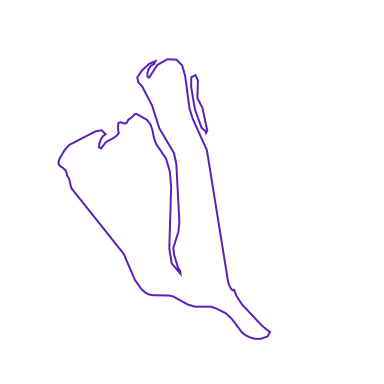 SVG path tracing the border of Bến Tre, rotated 207°
{"feature_id": "VNM-504", "entity_name": "Bến Tre", "entity_type": "Province", "adm_level": 1, "iso_a3": "VNM", "parent_name": "Vietnam", "parent_adm1": "", "projection": "equal_earth", "projection_center": [106.493, 10.078], "detail": "fine", "context": "isolated", "style": "outline", "palette": "violet", "viewbox_px": 384, "rotation_deg": 207, "n_neighbors": 0, "source": "natural_earth", "source_scale": "10m", "svg_char_len": 1624}
<svg xmlns="http://www.w3.org/2000/svg" viewBox="0 0 384 384"><g transform="rotate(207 192 192)"><path d="M206.3,90.5L224.6,105.8L300.5,140.3L302.2,141.7L307.2,147.7L309.1,149.0L310.8,149.9L312.3,151.9L314.4,153.9L317.7,154.8L320.9,155.1L323.3,156.1L324.7,158.3L325.1,162.2L324.5,171.8L322.7,178.3L305.6,202.1L300.5,206.0L295.2,204.3L296.8,201.1L297.1,197.1L296.5,193.1L295.2,189.6L292.8,189.6L291.4,196.8L290.7,198.5L286.6,204.2L284.8,207.7L284.0,211.3L285.2,212.6L287.4,216.2L288.9,220.0L287.4,221.7L282.6,222.5L281.5,224.5L281.6,227.3L279.4,231.5L278.6,234.7L277.8,236.0L276.5,236.4L264.7,235.8L259.5,233.3L255.1,228.9L250.7,223.2L245.9,218.6L230.2,209.9L221.0,200.1L212.9,187.1L186.6,131.4L177.6,119.1L165.2,114.0L166.9,116.4L168.6,117.5L170.2,118.3L179.7,128.2L183.3,133.9L186.0,150.1L189.3,158.9L218.7,209.9L225.9,218.6L250.2,234.0L266.9,251.0L284.6,263.6L289.6,265.3L292.7,269.1L291.8,277.6L288.4,286.7L284.0,291.9L284.0,288.7L286.0,285.6L286.5,281.7L285.7,277.7L284.0,274.5L282.1,274.5L280.6,289.4L274.3,299.0L265.9,302.9L258.2,300.3L250.8,292.3L232.2,265.3L224.4,257.4L197.7,236.0L118.8,128.0L116.1,125.5L113.2,123.4L111.3,122.9L110.3,124.0L104.8,119.3L96.1,114.4L68.2,104.4L58.9,102.6L59.2,97.4L64.6,92.0L69.2,89.8L74.2,88.8L79.1,88.7L84.1,89.7L99.3,97.2L106.9,99.3L117.0,99.2L123.0,98.5L137.4,91.1L145.1,89.8L161.2,90.4L165.3,89.4L181.0,81.8L184.8,81.1L188.7,81.3L192.6,82.3L203.2,87.9L206.3,90.5ZM230.2,271.3L240.6,285.5L244.7,293.9L242.0,297.7L237.4,294.1L229.8,278.1L220.9,271.7L206.3,253.7L206.3,251.0L207.7,252.3L212.8,253.7L226.4,266.5L230.2,271.3Z" fill="none" stroke="#5b21b6" stroke-width="2"/></g></svg>